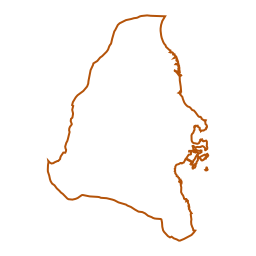 the district of Massawa, Semenawi Keyih Bahri, Eritrea
{"feature_id": "51966322B1208427285915", "entity_name": "Massawa", "entity_type": "district", "adm_level": 2, "iso_a3": "ERI", "parent_name": "Eritrea", "parent_adm1": "Semenawi Keyih Bahri", "projection": "mercator", "projection_center": [39.431, 15.642], "detail": "fine", "context": "isolated", "style": "outline", "palette": "amber", "viewbox_px": 256, "rotation_deg": 0, "n_neighbors": 0, "source": "geoboundaries", "source_scale": "gbopen_adm2", "svg_char_len": 5934}
<svg xmlns="http://www.w3.org/2000/svg" viewBox="0 0 256 256"><path d="M195.2,230.6L193.3,230.3L193.0,228.6L192.3,227.1L191.3,224.3L191.1,221.6L191.4,219.4L190.7,214.2L190.9,213.6L191.6,213.3L189.9,210.9L189.9,210.3L188.9,209.0L188.9,207.6L189.3,207.6L189.3,207.3L189.1,206.1L188.5,206.3L188.4,206.0L188.9,204.7L188.0,203.0L187.9,201.0L186.3,201.3L186.5,200.7L187.0,200.6L186.9,199.7L186.2,199.0L185.7,199.0L185.2,199.4L184.0,198.6L184.0,198.0L183.1,195.5L182.1,194.2L181.1,192.1L181.3,187.4L180.7,184.7L180.9,183.8L181.4,183.7L181.6,183.0L181.6,181.8L181.1,180.5L180.2,180.4L180.1,179.9L179.4,179.4L179.1,178.0L178.4,177.7L177.8,176.5L176.7,176.2L176.6,175.0L175.3,173.4L175.3,172.1L174.7,171.3L175.2,170.1L174.7,168.9L175.3,168.1L175.3,166.6L176.4,164.8L178.9,164.0L180.4,163.0L181.0,163.0L181.1,163.3L181.6,163.4L182.0,163.4L182.6,162.9L183.7,162.6L185.1,160.1L185.2,159.5L185.7,158.9L192.8,162.6L192.6,163.1L190.9,163.5L190.7,163.9L191.7,163.9L191.6,164.6L192.0,164.5L192.3,164.1L193.1,164.9L193.2,165.9L192.6,167.0L192.5,167.7L192.7,168.5L193.1,168.5L193.5,167.5L194.2,167.6L194.3,167.8L194.9,167.6L195.7,165.9L195.6,165.6L194.9,165.2L195.2,163.9L196.2,163.8L196.5,163.2L196.5,162.2L197.9,160.1L197.8,158.3L198.1,158.2L198.3,157.7L197.9,155.8L196.8,155.3L196.7,155.7L196.0,156.4L194.8,158.9L194.4,159.6L193.6,160.2L192.9,162.1L186.2,158.4L188.7,154.7L190.1,154.6L190.9,154.3L191.0,152.3L191.2,151.6L189.1,151.5L189.2,150.9L193.3,150.8L193.4,151.9L194.1,152.1L195.5,151.3L195.9,151.6L195.8,152.5L196.8,152.4L198.0,152.9L198.0,153.6L198.4,153.8L198.8,153.3L199.8,153.2L201.5,152.1L201.5,150.6L200.6,150.4L199.7,150.9L198.1,150.7L196.5,150.1L196.0,149.8L196.0,149.4L195.7,149.3L194.5,149.8L194.1,149.8L193.3,149.1L193.2,147.6L192.6,146.4L192.6,146.0L193.3,145.9L193.8,146.2L194.2,147.1L194.9,147.4L197.5,146.9L198.5,147.1L200.7,147.0L201.0,146.6L202.4,146.1L203.4,146.5L204.8,147.7L205.3,148.6L205.0,149.8L205.3,150.2L206.0,149.9L207.2,148.9L207.3,147.6L206.7,145.4L206.9,144.7L206.9,142.0L206.8,141.4L206.1,140.6L203.5,141.3L203.0,141.1L202.9,140.5L201.8,139.9L201.8,139.4L201.5,139.5L201.4,140.2L201.0,140.4L200.4,139.7L200.1,140.0L200.1,141.4L199.4,142.0L199.1,142.9L198.5,143.4L197.2,143.8L194.7,143.2L193.9,143.2L192.7,142.5L191.9,141.3L191.6,140.0L191.5,135.4L192.0,134.1L193.3,132.7L194.0,130.7L194.5,129.9L194.5,128.4L194.1,127.1L194.5,126.1L195.2,125.8L195.6,126.5L196.4,125.8L197.7,125.7L198.2,127.1L199.6,127.7L199.8,128.2L199.6,129.4L199.8,129.9L200.6,130.3L200.8,131.3L201.9,130.5L203.7,130.5L204.7,129.7L205.9,129.3L206.2,127.7L206.8,127.6L207.0,126.3L206.6,125.2L205.5,124.0L205.2,121.6L205.8,120.3L205.2,120.2L205.1,120.7L204.4,120.7L201.6,118.8L201.5,118.1L200.8,117.1L200.3,116.8L199.3,116.9L198.3,116.2L195.4,112.2L193.9,110.5L192.2,110.0L190.3,107.7L189.5,107.1L187.6,106.4L186.1,105.0L184.9,103.5L184.1,102.1L182.8,98.7L182.4,97.0L180.2,94.4L180.5,93.8L180.3,93.2L179.5,93.2L178.7,92.9L179.6,92.3L179.9,91.4L180.2,91.4L180.8,92.0L181.1,91.9L181.1,91.2L180.7,86.5L179.8,80.5L179.7,76.4L178.8,75.2L179.4,75.2L179.9,75.9L180.4,76.0L181.2,75.4L181.0,75.1L177.7,73.4L178.0,73.0L177.9,72.5L176.5,72.3L175.7,71.4L174.9,71.1L174.7,70.8L174.8,70.5L176.0,71.2L178.7,71.5L179.5,71.9L179.5,72.5L179.8,72.4L179.5,70.2L179.3,70.0L179.0,70.4L178.6,70.3L178.3,68.9L178.3,68.2L178.5,68.1L179.1,68.2L179.3,69.3L179.4,69.0L179.3,67.2L178.4,66.2L178.8,66.1L179.0,66.3L179.1,65.9L179.0,65.5L178.6,65.4L178.5,64.3L175.6,64.2L175.9,63.8L178.3,63.7L178.2,62.9L177.6,60.9L176.6,60.8L176.4,60.5L176.5,59.8L177.5,60.2L176.2,56.6L176.0,56.4L175.6,56.4L174.8,55.3L174.4,53.6L174.3,54.8L173.1,54.5L173.1,54.1L173.4,53.5L172.5,52.5L172.0,52.3L171.0,52.6L170.2,52.3L170.7,52.0L170.4,50.4L169.7,50.3L169.2,49.8L166.0,46.8L165.6,45.4L164.1,43.6L163.1,41.7L161.7,37.9L161.2,35.7L160.6,30.9L160.6,28.5L161.1,24.9L162.3,21.0L165.1,16.3L150.9,15.8L147.1,15.4L141.4,16.0L139.8,16.4L137.5,17.6L136.3,17.9L133.9,18.2L131.2,19.0L126.0,20.1L119.6,23.3L117.8,25.0L115.2,30.1L114.3,31.4L112.2,38.7L111.2,43.1L110.7,44.2L110.1,44.8L109.2,46.4L108.1,49.5L107.4,50.6L106.6,51.7L102.2,56.1L100.1,57.6L97.3,61.0L93.4,63.4L93.0,65.0L90.6,70.1L88.5,80.9L88.2,83.7L87.1,86.5L83.3,91.0L77.5,95.3L75.7,97.4L72.9,102.1L72.1,105.1L73.2,105.9L72.2,109.8L73.0,113.2L73.0,114.2L72.4,117.6L71.0,118.9L70.7,121.1L71.8,124.1L71.3,125.1L70.0,126.7L69.3,128.4L69.1,130.3L69.6,132.0L67.9,139.0L67.3,141.0L66.3,142.8L65.2,146.5L65.5,148.4L66.1,149.7L66.0,151.0L65.3,152.7L63.3,152.6L60.8,156.3L60.3,157.7L60.1,159.0L58.2,161.0L57.5,161.0L54.4,162.4L53.5,163.1L51.5,163.5L49.7,162.5L48.3,160.9L48.5,162.1L48.0,165.0L47.8,169.6L47.9,171.6L49.2,175.5L50.0,179.3L50.7,181.3L52.1,183.6L54.5,185.3L56.8,188.4L59.5,190.9L60.9,192.5L62.8,193.9L67.4,198.6L68.5,199.2L72.4,199.6L75.5,198.9L77.7,198.0L81.1,195.6L81.9,195.1L82.8,195.0L89.7,196.4L97.7,196.9L99.2,197.1L100.9,197.8L106.6,198.2L112.4,199.6L114.5,200.3L118.5,202.4L126.0,204.6L127.5,205.6L131.0,207.0L134.8,209.5L138.5,211.6L142.4,212.1L145.1,213.4L148.1,215.8L151.6,217.1L152.9,217.9L154.7,218.5L156.5,218.7L160.7,219.0L161.4,219.5L162.0,222.4L162.3,226.8L163.1,230.3L164.0,231.8L167.9,236.1L170.0,237.4L171.6,236.7L173.9,238.4L176.7,239.4L178.9,240.6L180.0,240.6L183.9,239.0L191.5,235.0L193.9,232.4L195.2,230.6ZM180.2,180.4L180.2,180.8L180.7,180.8L181.0,181.4L180.8,181.9L179.7,182.3L179.2,181.8L179.1,181.4L180.2,180.4ZM175.6,56.4L176.3,57.4L176.2,57.7L175.5,57.5L174.2,57.9L175.6,56.4ZM208.1,155.0L207.3,153.9L206.7,154.2L206.0,155.1L205.6,155.1L204.9,154.6L204.0,155.1L203.6,155.1L200.0,157.0L199.8,157.3L199.9,158.5L200.6,158.8L201.3,160.2L202.0,160.5L202.4,160.1L203.1,160.1L204.1,159.4L204.3,158.8L205.8,158.7L206.0,158.4L205.9,157.8L205.3,157.8L205.3,157.5L205.5,157.2L207.4,156.8L208.2,155.6L208.1,155.0ZM207.4,170.0L207.6,169.7L207.1,168.6L206.9,167.6L206.5,167.5L206.2,168.2L206.1,169.4L205.8,169.9L205.3,170.0L205.5,170.3L206.3,170.2L206.6,170.4L207.4,170.0Z" fill="none" stroke="#b45309" stroke-width="2"/></svg>